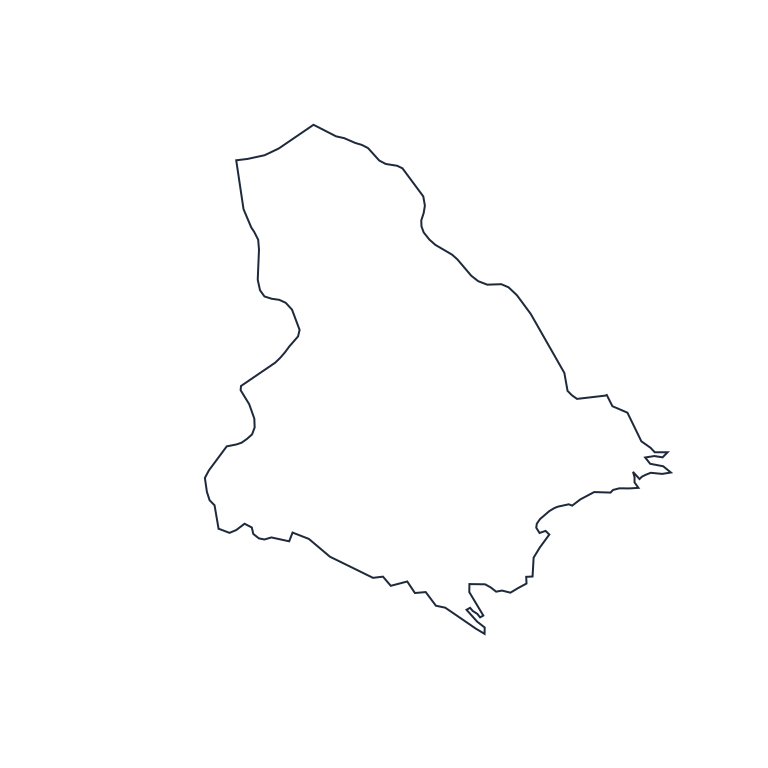 map outline of Tokushima (Natural Earth projection), rotated 61°
{"feature_id": "JPN-1836", "entity_name": "Tokushima", "entity_type": "Prefecture", "adm_level": 1, "iso_a3": "JPN", "parent_name": "Japan", "parent_adm1": "", "projection": "natural_earth1", "projection_center": [134.325, 33.891], "detail": "fine", "context": "isolated", "style": "outline", "palette": "slate", "viewbox_px": 768, "rotation_deg": 61, "n_neighbors": 0, "source": "natural_earth", "source_scale": "10m", "svg_char_len": 2025}
<svg xmlns="http://www.w3.org/2000/svg" viewBox="0 0 768 768"><g transform="rotate(61 384 384)"><path d="M501.6,194.5L514.2,195.0L527.1,185.0L558.9,186.7L569.0,181.8L575.0,180.3L581.2,169.1L583.2,175.9L578.0,182.6L574.9,191.2L582.8,189.9L591.3,179.7L600.5,176.0L597.5,184.3L591.0,193.7L590.3,198.8L590.1,203.3L591.0,206.6L581.6,208.8L587.1,210.1L591.5,212.6L598.2,211.8L594.4,219.8L589.3,228.8L587.7,235.1L588.8,238.5L580.4,252.6L580.1,268.1L581.6,278.4L578.8,280.7L575.6,291.3L575.1,295.0L575.3,301.0L577.8,313.1L580.3,318.1L583.5,320.5L589.7,320.2L590.8,313.9L595.8,312.4L602.6,327.1L608.4,337.3L624.4,347.4L621.6,353.1L627.6,356.1L627.5,365.9L627.8,374.6L621.9,380.9L620.0,386.6L613.6,389.3L608.2,392.7L600.4,406.3L607.4,410.3L634.7,409.4L634.7,413.1L630.4,413.8L625.6,416.4L621.5,417.2L621.5,421.3L637.1,417.7L645.8,414.0L651.3,417.2L642.1,422.5L627.4,429.8L609.3,438.9L603.1,446.1L586.2,448.4L581.8,458.3L568.0,459.4L563.8,475.9L552.0,478.3L548.2,487.6L508.9,515.0L483.1,524.8L469.6,536.0L475.6,543.2L463.6,556.9L462.0,564.0L458.3,568.3L451.8,571.0L445.4,569.2L438.6,573.7L440.1,584.1L439.3,591.3L431.0,598.3L430.5,598.9L407.9,591.0L401.2,592.9L392.5,591.2L379.3,586.2L374.6,578.9L362.3,551.8L365.3,542.5L366.3,536.9L365.6,530.5L364.1,523.8L359.3,518.2L351.4,514.2L336.3,511.7L319.9,512.4L316.4,510.0L312.6,468.8L310.7,461.8L308.3,455.3L305.2,448.5L300.7,436.1L295.8,431.6L274.4,428.4L265.3,430.6L259.6,434.8L255.1,440.8L249.5,446.1L241.9,447.0L231.6,443.9L205.9,428.2L196.8,424.1L188.0,423.8L182.7,424.2L163.0,422.1L116.7,404.8L121.0,394.2L126.0,377.6L127.0,361.8L123.1,320.0L144.1,305.9L149.7,299.6L159.1,292.4L164.1,287.5L169.9,283.6L186.3,279.8L192.4,275.8L199.5,266.7L204.3,263.3L239.0,258.7L247.9,261.8L253.8,266.5L259.0,272.1L264.3,274.8L270.7,275.8L279.7,274.3L287.3,271.6L304.0,261.7L310.6,259.4L331.6,255.2L339.7,251.8L347.2,245.5L353.6,233.0L359.8,228.2L370.8,224.7L393.8,221.7L461.8,220.9L479.0,226.8L485.0,225.1L490.6,222.4L501.4,196.2L501.6,194.5Z" fill="none" stroke="#1e293b" stroke-width="2"/></g></svg>